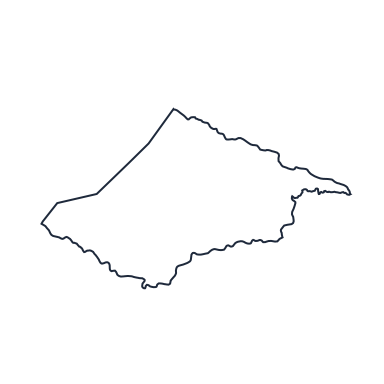 the district of Tete Chemin/Millet, Anse-la-Raye, Saint Lucia, rotated 77°
{"feature_id": "8701671B40430448784583", "entity_name": "Tete Chemin/Millet", "entity_type": "district", "adm_level": 2, "iso_a3": "LCA", "parent_name": "Saint Lucia", "parent_adm1": "Anse-la-Raye", "projection": "robinson", "projection_center": [-60.996, 13.893], "detail": "fine", "context": "isolated", "style": "outline", "palette": "slate", "viewbox_px": 384, "rotation_deg": 77, "n_neighbors": 0, "source": "geoboundaries", "source_scale": "gbopen_adm2", "svg_char_len": 5979}
<svg xmlns="http://www.w3.org/2000/svg" viewBox="0 0 384 384"><g transform="rotate(77 192 192)"><path d="M229.8,38.2L229.7,38.3L228.8,38.3L227.8,38.4L227.0,38.3L226.0,38.6L225.6,38.7L224.9,39.2L223.2,39.5L222.2,39.8L220.8,40.9L219.3,42.6L217.5,45.7L216.8,46.7L215.9,48.6L215.1,49.6L214.0,50.8L212.6,51.8L211.5,52.7L211.0,53.7L210.1,56.1L209.6,57.8L208.7,61.2L207.9,63.3L207.4,64.3L206.2,66.2L204.2,69.0L202.4,70.9L201.2,72.1L200.2,72.8L198.8,73.6L197.7,74.1L196.3,74.6L195.2,75.9L194.3,78.4L193.7,80.3L193.0,82.1L192.1,83.6L191.4,84.5L191.4,85.6L192.7,86.8L192.9,88.4L192.0,90.6L191.3,91.9L190.4,93.4L189.7,94.2L188.3,96.5L187.4,97.9L186.1,98.7L184.7,99.2L183.7,99.5L181.4,100.7L178.4,100.1L176.3,99.1L174.5,99.0L172.8,100.2L171.3,102.7L170.1,105.1L169.2,106.4L168.6,107.6L168.2,108.5L168.1,109.1L167.9,109.7L168.1,110.8L167.7,112.3L166.8,114.4L166.4,115.2L166.0,116.0L164.0,116.8L162.9,117.3L162.1,117.7L161.3,118.3L161.2,118.5L160.5,120.2L160.3,121.0L159.9,122.2L159.0,123.8L158.5,124.4L157.7,125.2L156.0,126.8L153.8,128.7L152.2,130.2L150.4,132.5L149.9,134.6L150.6,137.6L150.3,139.1L149.5,140.9L149.3,143.0L149.0,145.1L148.5,146.6L147.9,147.1L146.7,147.5L146.1,147.7L145.2,147.8L144.5,148.0L143.5,148.2L143.1,148.4L142.6,148.8L142.3,149.1L142.2,149.3L141.8,150.0L141.6,150.9L141.4,151.3L140.7,152.6L140.2,153.0L139.9,153.2L139.1,153.6L138.0,153.7L136.0,154.0L135.7,154.9L135.7,155.6L135.7,156.1L135.5,156.5L135.4,157.0L134.6,158.1L134.2,158.3L133.9,158.8L133.6,159.0L132.1,159.9L130.7,160.1L129.3,160.7L128.8,160.9L128.6,161.0L128.4,161.2L128.0,161.8L127.6,162.9L127.2,164.0L125.9,166.0L124.5,166.6L123.5,168.2L123.0,169.4L122.1,170.3L121.2,171.9L119.9,172.2L119.6,173.0L119.3,174.2L119.1,175.9L119.1,176.1L119.8,177.7L120.5,178.9L120.2,179.9L118.7,180.9L117.4,181.6L115.6,182.8L112.2,185.7L110.4,187.1L109.3,188.0L108.7,188.8L108.1,189.6L107.6,190.8L107.6,191.1L107.0,191.4L135.0,223.4L149.6,247.2L172.5,285.3L172.5,325.8L187.1,344.0L189.1,345.8L190.0,344.9L190.3,344.5L190.8,344.0L192.3,342.5L194.7,341.4L197.2,340.0L200.5,339.3L202.2,338.6L203.6,337.2L205.3,333.7L205.5,333.2L205.8,332.7L206.5,331.4L207.4,330.6L208.5,329.0L208.5,328.5L208.5,327.6L208.0,326.6L207.8,326.0L207.8,325.8L207.8,325.7L207.5,324.6L208.0,323.6L209.0,322.6L209.5,322.2L210.4,321.3L211.0,321.1L211.2,320.9L212.9,320.2L213.1,320.1L213.8,319.9L214.7,319.3L214.9,318.9L214.9,318.3L216.4,315.9L217.1,315.6L218.1,315.1L219.8,314.2L220.1,313.5L220.8,313.0L220.8,312.9L221.1,312.8L222.2,311.9L223.0,311.7L224.8,311.3L226.3,310.6L226.3,309.6L225.6,307.7L225.7,307.2L225.6,306.9L225.8,306.0L225.9,304.6L226.3,304.1L226.4,303.7L227.6,302.3L227.8,302.2L228.1,301.8L230.5,300.9L231.9,300.0L232.9,299.6L233.7,299.2L236.8,298.0L238.0,297.8L239.2,297.5L240.5,297.0L241.3,296.3L241.4,296.1L241.4,295.8L241.6,295.3L241.5,293.6L241.2,292.2L241.3,290.8L241.5,290.2L242.2,289.3L243.4,288.8L244.8,288.7L248.0,289.3L249.0,289.4L249.5,289.3L250.1,289.1L250.8,288.5L251.1,288.0L251.0,287.4L251.1,286.4L251.1,285.5L251.4,285.0L251.4,284.7L252.5,284.1L252.9,283.9L253.0,283.9L253.4,283.8L254.4,283.6L255.7,283.4L256.6,282.8L257.5,281.9L258.4,280.3L258.8,277.8L258.9,276.9L259.3,273.9L259.6,272.7L260.5,269.9L261.0,268.9L261.6,268.0L262.2,266.8L263.2,264.6L263.3,264.2L263.7,263.4L264.1,262.6L264.9,259.8L265.1,259.6L266.2,258.4L267.1,257.9L267.7,258.1L268.1,258.3L268.7,259.0L270.1,260.8L272.1,261.6L272.5,261.7L273.1,261.8L274.2,261.3L275.0,260.4L275.1,260.1L275.2,259.3L274.7,258.9L273.2,258.2L273.0,257.8L272.8,257.6L272.3,256.9L272.6,256.0L273.2,255.1L274.0,254.6L274.5,254.1L274.6,253.9L275.1,253.1L276.1,250.8L276.4,249.4L276.4,248.1L276.2,247.8L274.4,246.7L273.6,245.1L273.7,244.3L274.0,243.3L274.3,242.4L274.5,241.8L275.7,239.3L275.8,238.9L276.2,238.0L277.0,235.7L276.7,234.7L276.3,233.9L275.3,233.5L274.6,233.1L273.8,232.9L273.4,232.4L273.1,232.2L270.9,229.2L269.8,227.6L268.7,226.6L267.5,225.8L266.6,225.6L265.1,225.4L263.2,224.6L262.0,223.8L261.4,223.0L261.0,221.8L260.9,221.3L260.8,219.5L260.7,216.9L260.2,213.3L260.0,212.2L259.4,210.4L259.1,209.6L258.5,208.9L257.8,208.4L256.5,207.9L255.1,207.4L252.9,206.6L252.2,205.9L251.6,205.0L251.6,204.4L252.0,203.1L253.9,201.2L254.5,199.5L255.0,197.5L255.1,195.1L255.1,192.8L255.2,190.3L254.8,189.5L254.6,189.1L253.6,187.4L252.8,185.3L252.7,184.5L252.6,183.3L252.7,182.9L253.0,182.0L253.5,181.0L254.5,178.9L255.1,177.0L255.3,175.9L255.4,173.8L255.0,173.3L254.8,173.0L254.0,172.1L252.7,170.9L252.3,170.4L252.2,170.1L252.1,169.2L252.2,168.5L253.8,166.7L254.1,165.6L253.9,164.3L253.3,163.6L251.8,161.7L251.5,161.3L251.0,159.8L250.8,158.4L250.9,155.6L251.3,154.2L252.0,153.0L252.8,152.0L253.0,151.9L254.1,150.5L254.8,149.2L255.2,147.9L255.3,146.5L255.0,146.0L253.6,144.9L252.9,144.3L252.4,143.2L252.8,142.5L253.9,141.4L254.1,140.7L254.3,139.2L254.2,138.1L254.0,137.3L254.0,136.9L254.1,136.4L254.3,135.9L255.1,134.9L255.6,134.7L256.4,134.3L256.9,133.9L257.3,132.1L257.1,130.3L257.0,128.3L257.4,126.3L257.5,125.8L258.3,123.9L259.0,122.2L259.2,120.7L259.3,119.9L257.4,117.2L256.6,114.0L255.9,114.1L253.2,114.0L252.0,113.8L250.9,114.1L249.6,114.1L248.6,113.7L246.3,110.9L245.4,109.7L245.4,106.4L245.7,102.2L245.0,100.5L243.6,99.6L242.2,99.3L239.0,99.0L237.5,99.4L236.2,99.6L234.0,98.9L232.9,98.1L231.4,96.9L228.7,95.2L226.0,93.7L225.0,93.6L223.5,94.7L222.6,95.7L221.0,96.2L219.2,95.7L218.7,95.3L219.9,94.3L220.6,93.9L221.1,93.1L221.1,91.6L221.3,90.5L220.8,89.9L219.9,89.1L219.9,87.7L219.5,86.8L218.0,85.6L217.3,84.5L216.4,84.3L215.3,84.3L214.6,82.2L214.9,80.5L215.7,79.6L216.8,79.3L217.4,78.7L217.6,77.2L218.6,75.3L218.4,73.8L218.4,72.1L217.5,71.3L216.7,70.6L216.7,69.4L217.5,68.6L219.6,68.9L221.8,69.0L222.5,68.9L222.6,68.2L221.1,66.8L221.1,65.9L221.6,65.6L222.1,64.7L221.9,63.6L220.9,63.0L220.9,61.9L221.7,61.2L222.4,60.3L222.7,59.3L222.5,58.5L223.4,56.9L223.8,54.9L223.8,53.2L224.4,52.2L225.1,50.3L225.9,48.7L226.3,47.6L226.1,46.2L226.1,44.7L227.2,43.8L227.3,42.8L227.7,42.3L228.4,41.9L229.3,41.3L230.1,39.5L229.8,38.2Z" fill="none" stroke="#1e293b" stroke-width="2"/></g></svg>